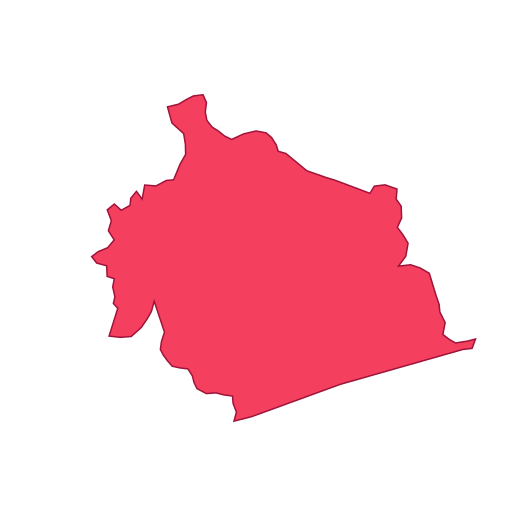 Sobradinho, Rio Grande do Sul, Brazil (Robinson projection), rotated 246°
{"feature_id": "56859067B99876923576431", "entity_name": "Sobradinho", "entity_type": "district", "adm_level": 2, "iso_a3": "BRA", "parent_name": "Brazil", "parent_adm1": "Rio Grande do Sul", "projection": "robinson", "projection_center": [-53.013, -29.404], "detail": "fine", "context": "isolated", "style": "filled", "palette": "rose", "viewbox_px": 512, "rotation_deg": 246, "n_neighbors": 0, "source": "geoboundaries", "source_scale": "gbopen_adm2", "svg_char_len": 1448}
<svg xmlns="http://www.w3.org/2000/svg" viewBox="0 0 512 512"><g transform="rotate(246 256 256)"><path d="M114.1,168.7L111.0,186.8L104.5,280.7L86.5,406.9L83.7,415.8L90.9,422.8L92.2,414.8L95.4,402.9L101.1,398.7L108.3,394.8L118.2,401.7L130.1,401.2L137.2,403.6L146.4,404.4L157.8,405.8L169.7,407.3L178.2,401.2L185.1,393.7L188.8,382.0L194.9,392.8L205.8,400.1L215.4,398.9L224.7,396.8L231.5,404.5L242.4,408.9L250.9,407.2L259.8,412.0L268.5,402.9L271.7,392.5L266.9,385.6L293.1,359.0L299.6,351.5L313.2,337.1L337.5,325.0L342.6,318.9L349.4,319.7L358.0,318.4L364.4,315.3L370.2,306.9L372.6,294.3L372.4,281.2L378.5,276.0L385.7,272.3L391.5,268.4L399.9,266.3L408.1,268.2L416.4,273.2L424.9,273.2L427.7,263.8L427.3,256.2L426.2,246.9L428.3,235.8L411.6,233.3L397.2,239.7L386.7,236.9L377.4,233.0L370.9,224.1L359.1,211.7L361.5,204.8L360.7,193.1L366.1,183.2L354.2,175.1L363.7,173.1L359.7,165.1L353.5,161.5L352.6,151.5L361.1,147.7L358.7,138.9L347.0,138.2L339.1,131.4L328.4,133.0L323.9,123.8L324.2,113.7L322.3,105.6L314.3,107.6L307.8,115.6L297.9,111.7L292.9,117.3L286.0,112.5L276.1,110.5L270.7,106.4L264.4,108.4L242.6,89.2L236.9,98.9L233.2,109.2L237.3,122.0L243.0,131.3L247.8,137.8L256.0,144.6L223.6,141.4L216.4,134.9L209.5,130.6L203.1,131.0L196.2,132.5L189.4,134.6L184.9,140.7L180.5,147.9L172.3,149.1L165.5,147.9L158.7,148.2L150.5,154.7L147.2,163.8L142.0,170.4L137.6,177.6L130.7,175.1L121.3,174.6L114.1,168.7Z" fill="#f43f5e" stroke="#9f1239" stroke-width="1.5"/></g></svg>